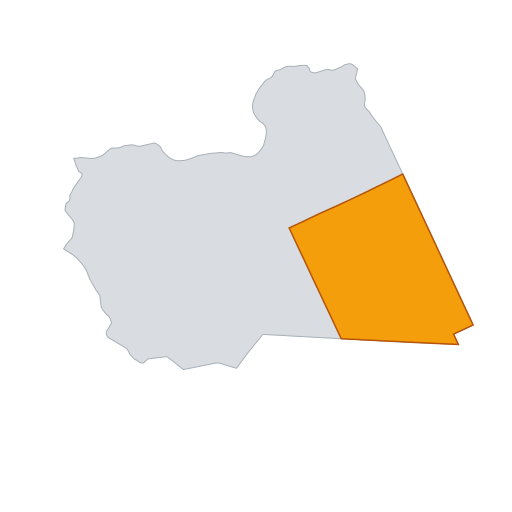 location of Al Kufrah within Libya, rotated 335°
{"feature_id": "LBY-2965", "entity_name": "Al Kufrah", "entity_type": "Municipality", "adm_level": 1, "iso_a3": "LBY", "parent_name": "Libya", "parent_adm1": "", "projection": "mercator", "projection_center": [22.731, 23.273], "detail": "fine", "context": "in_parent", "style": "filled", "palette": "amber", "viewbox_px": 512, "rotation_deg": 335, "n_neighbors": 0, "source": "natural_earth", "source_scale": "10m", "svg_char_len": 4658}
<svg xmlns="http://www.w3.org/2000/svg" viewBox="0 0 512 512"><g transform="rotate(335 256 256)"><path d="M89.2,165.3L91.8,164.0L95.5,162.5L97.4,161.4L98.2,160.4L100.9,156.6L102.4,154.4L104.3,151.4L105.2,149.4L105.2,147.5L104.9,145.2L103.4,139.6L102.1,134.3L103.1,132.2L103.9,131.2L105.6,128.6L106.2,128.1L109.9,127.3L111.4,125.6L112.5,123.5L112.8,122.4L114.4,121.2L116.3,120.1L117.5,118.6L121.4,116.2L124.9,114.1L129.0,111.8L132.2,110.0L132.8,108.5L132.8,107.2L131.1,104.2L131.1,100.6L131.2,97.6L131.4,95.9L132.1,91.0L132.2,90.3L135.5,91.9L138.8,92.6L148.9,98.6L152.1,99.4L159.2,100.1L167.5,97.6L170.6,97.2L176.1,99.5L178.5,100.2L182.6,100.3L189.5,102.4L191.3,103.2L195.3,106.5L197.2,107.5L211.6,110.6L213.5,112.7L215.5,116.5L215.6,121.3L216.7,124.8L218.5,129.4L220.6,132.5L223.0,135.2L225.8,136.9L232.1,139.3L239.1,140.2L246.3,140.6L258.6,143.9L269.0,147.8L271.5,149.7L276.8,151.6L287.1,160.7L292.9,163.8L296.9,164.4L300.6,163.9L307.0,160.7L309.7,158.9L316.2,151.0L318.3,146.9L319.2,144.0L319.0,141.0L318.1,138.4L316.3,135.6L315.1,131.9L314.3,125.3L315.3,120.6L316.6,117.9L318.5,115.0L323.9,109.6L329.3,105.8L338.9,100.8L344.4,100.7L346.7,100.1L351.3,96.6L353.1,96.5L355.7,97.3L363.2,97.1L366.5,98.1L370.5,100.3L375.5,101.7L379.0,103.0L382.7,104.8L383.6,109.2L383.2,110.5L383.1,112.1L387.0,115.2L398.0,116.6L400.2,117.4L403.3,119.7L405.2,120.4L412.8,120.7L417.2,120.2L421.4,121.0L423.0,121.8L424.6,123.6L426.5,127.9L427.3,129.4L426.5,130.1L425.3,131.6L424.5,133.0L422.5,135.2L420.9,137.5L421.0,140.9L421.4,144.4L422.5,147.8L423.5,151.6L423.2,154.1L422.4,157.1L421.4,159.6L418.1,164.8L417.6,166.1L417.8,167.8L419.8,173.9L419.9,175.9L421.1,181.8L422.2,186.6L423.4,190.4L423.6,191.4L423.6,197.0L423.6,202.5L423.6,208.1L423.6,213.6L423.6,219.1L423.6,224.6L423.6,230.1L423.6,235.6L423.6,241.0L423.6,246.5L423.6,251.9L423.6,257.3L423.6,262.8L423.6,268.2L423.6,273.6L423.6,279.0L423.6,284.3L423.6,289.7L423.6,295.1L423.6,300.4L423.6,305.8L423.6,311.1L423.6,316.4L423.6,321.7L423.6,327.0L423.6,332.3L423.6,337.6L423.6,342.9L423.6,348.2L423.6,353.4L423.6,358.7L423.6,363.9L423.6,375.5L423.6,387.1L423.6,398.6L423.6,410.1L423.4,410.2L423.3,410.3L418.0,410.2L412.7,410.2L407.3,410.2L402.0,410.2L402.0,413.1L402.0,416.0L402.0,418.8L402.0,421.7L391.6,416.3L381.3,410.8L370.9,405.4L360.5,399.9L350.2,394.5L339.8,389.0L329.5,383.5L319.1,378.0L308.7,372.5L298.4,367.0L288.0,361.5L277.6,356.0L267.3,350.4L256.9,344.9L246.6,339.3L236.2,333.8L229.0,329.9L221.3,333.7L215.3,336.6L207.3,340.5L198.2,345.5L191.1,349.4L190.8,349.3L190.5,349.2L183.2,342.7L177.5,337.6L174.9,336.2L164.2,333.6L153.5,331.0L142.2,328.2L140.1,324.0L137.8,319.4L134.8,313.5L132.9,309.9L132.2,309.4L123.6,306.5L114.5,303.7L109.1,305.4L108.2,305.3L106.7,304.2L105.2,302.8L104.4,300.8L102.2,298.1L100.2,291.8L100.0,286.9L99.6,285.1L94.9,278.1L90.6,271.7L87.7,267.5L87.1,265.5L87.5,263.2L88.6,261.0L92.8,258.5L96.6,255.8L97.1,253.9L97.3,248.6L96.1,247.0L95.2,243.8L94.3,239.6L94.2,236.9L95.8,231.5L97.8,225.8L96.6,219.5L95.6,206.8L96.2,196.7L95.7,193.1L95.4,191.6L94.1,186.8L92.5,181.9L91.8,180.1L89.8,176.2L86.5,171.2L84.7,168.2L87.1,166.6L89.2,165.3Z" fill="#d9dde1" stroke="#a8b0b8" stroke-width="1"/><path d="M402.0,421.7L399.3,420.3L396.7,418.9L394.0,417.5L391.3,416.1L388.6,414.7L386.0,413.3L383.3,411.9L380.6,410.5L378.0,409.1L375.3,407.7L372.6,406.3L369.9,404.9L367.3,403.5L364.6,402.1L361.9,400.7L359.3,399.3L356.6,397.9L353.9,396.5L351.2,395.0L348.6,393.6L345.9,392.2L343.2,390.8L340.6,389.4L337.9,388.0L335.2,386.6L332.6,385.2L329.9,383.7L327.2,382.3L324.5,380.9L321.9,379.5L319.2,378.1L316.5,376.7L313.9,375.2L311.2,373.8L308.5,372.4L305.8,371.0L303.2,369.6L300.5,368.1L298.3,367.0L298.3,365.2L298.3,364.9L298.3,364.7L298.3,364.4L298.3,364.2L298.3,363.9L298.3,363.7L298.3,363.4L298.3,363.2L298.2,351.6L298.2,339.9L298.1,328.2L298.1,316.5L298.0,304.7L298.0,292.8L298.0,280.9L297.9,269.0L297.9,256.8L297.9,244.6L305.3,244.6L312.6,244.6L322.1,244.5L331.5,244.4L344.5,244.6L357.5,244.7L370.1,244.7L382.8,244.6L395.4,244.3L408.1,244.1L416.1,243.9L423.6,243.7L423.6,248.3L423.6,253.1L423.6,260.1L423.6,267.1L423.6,274.2L423.6,281.2L423.6,288.1L423.6,295.1L423.6,302.1L423.6,309.0L423.6,315.9L423.6,322.8L423.6,329.7L423.6,336.6L423.6,343.4L423.6,350.3L423.6,357.1L423.6,363.9L423.6,366.8L423.6,369.7L423.6,372.6L423.6,375.5L423.6,378.4L423.6,381.3L423.6,384.2L423.6,387.1L423.6,390.0L423.6,392.9L423.6,395.7L423.6,398.6L423.6,400.8L423.6,403.0L423.6,405.2L423.6,407.4L423.6,410.0L423.4,410.3L421.2,410.3L418.0,410.3L415.4,410.3L412.7,410.3L409.8,410.3L407.3,410.3L405.5,410.3L402.0,410.3L402.0,413.1L402.0,416.0L402.0,418.9L402.0,421.7Z" fill="#f59e0b" stroke="#b45309" stroke-width="1.5"/></g></svg>